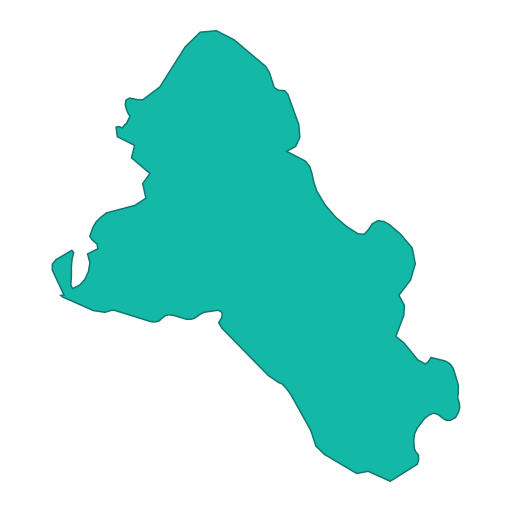 the border of Monaghan
{"feature_id": "IRL-3412", "entity_name": "Monaghan", "entity_type": "Administrative County", "adm_level": 1, "iso_a3": "IRL", "parent_name": "Ireland", "parent_adm1": "", "projection": "orthographic", "projection_center": [-6.93, 54.159], "detail": "fine", "context": "isolated", "style": "filled", "palette": "teal", "viewbox_px": 512, "rotation_deg": 0, "n_neighbors": 0, "source": "natural_earth", "source_scale": "10m", "svg_char_len": 2023}
<svg xmlns="http://www.w3.org/2000/svg" viewBox="0 0 512 512"><path d="M216.4,30.7L233.9,39.7L265.9,66.6L269.5,72.7L274.2,87.6L278.4,90.2L284.6,90.7L287.8,94.2L292.8,108.1L298.8,124.6L299.8,137.5L295.6,146.5L286.6,151.3L305.0,160.9L309.6,166.2L312.0,173.6L313.8,182.2L316.8,191.1L325.4,205.3L335.6,217.1L346.7,226.6L358.0,233.8L364.2,234.3L368.3,229.8L372.2,224.0L377.8,220.7L383.9,221.5L389.5,224.7L400.4,234.0L408.0,243.0L412.2,248.0L415.3,263.8L410.5,280.1L398.9,295.2L404.4,305.4L403.8,315.5L395.8,336.4L403.8,342.8L417.8,359.9L425.2,363.9L428.0,362.1L431.0,357.5L444.9,360.9L449.3,363.3L451.5,365.7L453.1,368.3L454.1,371.1L457.8,383.2L458.4,386.5L458.2,393.3L457.9,395.7L457.8,397.0L457.9,398.5L459.4,403.5L459.7,407.4L458.6,411.9L455.5,417.6L449.9,420.4L446.2,420.2L443.4,418.8L438.9,415.1L436.4,413.8L433.2,413.2L429.1,415.0L424.5,418.6L417.6,427.6L414.7,433.4L413.8,440.1L414.0,444.4L414.3,448.3L415.7,451.7L418.5,455.1L418.6,460.3L417.2,464.3L390.2,481.3L368.2,471.3L356.7,473.5L324.4,454.4L315.8,446.0L312.1,434.2L309.8,428.6L290.6,394.2L286.0,388.0L282.1,383.9L278.9,382.7L268.4,375.6L222.0,328.3L218.7,322.8L220.1,320.2L221.8,317.5L222.2,313.2L220.4,311.2L217.4,310.3L204.0,312.3L201.3,313.6L194.2,318.4L190.7,319.3L186.2,319.2L173.3,315.3L168.7,314.8L165.6,315.6L163.2,317.2L159.0,321.0L155.5,321.9L151.0,321.7L114.4,310.3L111.1,310.4L105.0,312.3L93.4,310.6L62.4,296.9L60.8,295.4L64.0,295.0L52.3,270.1L52.3,264.2L56.0,259.6L71.9,250.3L73.7,252.6L72.1,259.0L71.4,266.8L71.4,277.1L70.8,285.1L72.6,288.6L79.8,285.0L84.7,279.6L88.4,271.8L89.9,262.8L87.6,253.9L97.8,248.8L97.1,244.1L92.3,240.0L89.8,236.4L92.8,227.6L96.2,221.8L100.5,217.5L106.4,212.9L134.8,205.4L145.9,198.2L142.7,183.6L149.9,173.5L131.5,157.8L134.6,145.4L117.3,136.7L116.1,127.2L118.6,126.5L122.4,127.8L125.3,124.2L126.0,124.4L130.0,116.2L129.8,115.6L128.5,114.2L126.5,109.7L125.2,104.3L126.0,100.1L127.6,99.2L129.6,98.1L138.6,99.9L142.9,99.7L159.9,86.9L185.1,47.0L200.2,32.2L216.4,30.7Z" fill="#14b8a6" stroke="#0f766e" stroke-width="1.5"/></svg>